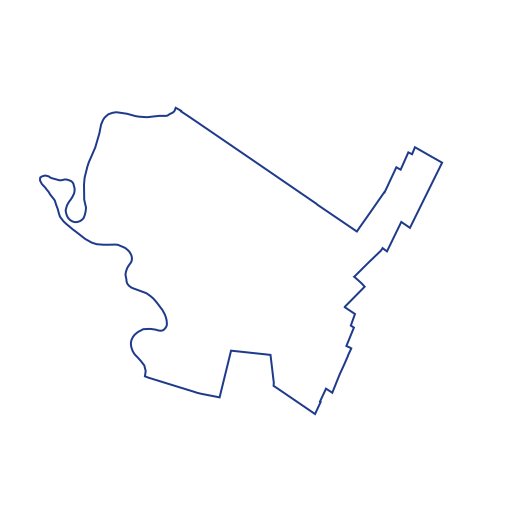 Moldoveni, Ialomita, Romania, rotated 80°
{"feature_id": "2599482B86291871971416", "entity_name": "Moldoveni", "entity_type": "district", "adm_level": 2, "iso_a3": "ROU", "parent_name": "Romania", "parent_adm1": "Ialomita", "projection": "robinson", "projection_center": [26.516, 44.733], "detail": "fine", "context": "isolated", "style": "outline", "palette": "blue", "viewbox_px": 512, "rotation_deg": 80, "n_neighbors": 0, "source": "geoboundaries", "source_scale": "gbopen_adm2", "svg_char_len": 3164}
<svg xmlns="http://www.w3.org/2000/svg" viewBox="0 0 512 512"><g transform="rotate(80 256 256)"><path d="M387.0,261.2L389.3,258.7L397.4,250.4L421.9,225.3L411.0,217.7L410.5,218.3L398.8,210.1L403.9,204.6L403.7,204.5L395.7,199.5L395.5,199.4L387.5,194.4L387.3,194.3L380.1,189.3L378.9,188.5L378.8,188.4L370.2,182.7L369.8,182.6L366.8,180.5L366.7,180.4L363.7,178.3L363.5,178.2L363.1,178.7L362.6,179.3L360.3,182.6L351.9,177.3L343.5,172.0L341.0,174.7L330.3,168.6L321.8,177.5L321.4,177.3L305.1,154.3L301.2,156.8L297.2,159.9L293.5,162.9L293.4,162.7L281.9,146.2L272.6,132.3L271.0,130.6L270.2,130.0L271.8,128.5L274.2,126.2L257.6,114.2L247.7,107.0L255.0,99.5L238.5,87.4L196.4,56.5L189.0,65.5L179.6,76.8L176.5,80.6L179.7,82.6L182.9,84.6L180.4,88.0L191.9,95.7L196.1,98.6L193.0,102.4L206.4,111.8L210.3,114.5L215.6,118.3L215.4,118.5L219.1,122.2L234.2,137.2L245.3,148.4L249.4,152.4L239.4,162.7L216.5,186.3L214.7,187.8L161.7,241.9L106.5,298.4L100.5,304.8L100.0,304.5L96.1,309.3L96.7,309.7L98.8,310.9L100.0,312.4L100.6,314.0L101.0,315.3L101.1,315.8L101.2,316.3L102.0,317.9L102.4,319.2L102.3,320.9L101.2,326.7L100.4,339.2L99.4,343.3L98.4,347.2L97.3,350.4L93.5,358.4L90.9,366.2L90.1,369.0L90.1,372.7L90.8,376.8L93.4,381.1L95.6,383.1L99.6,385.7L108.1,389.0L121.1,395.4L129.6,401.0L134.7,404.4L138.8,406.6L144.0,408.9L145.8,409.7L149.2,411.2L155.9,413.0L166.4,414.7L170.6,415.4L177.0,415.1L179.0,415.0L182.3,416.0L184.1,416.7L185.9,417.5L187.2,418.3L188.5,419.0L189.8,420.6L190.2,421.3L191.1,423.3L191.5,426.2L191.2,428.5L190.1,430.8L189.0,432.0L188.1,433.0L185.5,434.6L183.5,435.2L180.6,435.6L177.8,435.5L174.2,433.8L173.0,433.1L171.4,431.8L169.8,430.4L168.1,428.5L165.5,426.2L164.2,425.3L163.0,424.4L161.1,423.6L158.2,422.9L153.2,423.3L151.4,424.0L150.1,425.1L148.8,427.2L147.8,429.3L147.4,431.0L147.6,433.9L147.5,435.1L147.4,436.2L143.8,443.8L142.7,445.3L141.6,446.3L140.8,448.0L140.1,449.8L140.5,453.1L141.2,454.8L142.6,455.3L144.4,455.5L147.9,454.4L152.3,451.5L153.9,450.8L156.6,449.2L160.0,447.9L163.2,446.1L166.4,444.5L171.1,443.9L175.2,443.1L180.0,442.7L183.3,442.2L188.5,439.5L191.3,437.4L198.2,431.6L200.6,429.3L206.5,424.0L209.5,421.3L214.2,415.6L216.7,410.9L218.5,403.9L219.3,399.3L220.3,392.6L221.0,390.1L223.7,385.9L225.2,383.6L227.8,381.3L230.1,379.8L233.2,378.7L235.5,378.5L237.5,378.7L239.6,379.5L240.9,380.5L241.9,381.6L243.8,383.5L245.9,385.2L249.1,386.9L251.8,387.8L256.6,387.7L258.4,387.9L260.0,387.7L261.5,387.3L263.2,386.3L265.5,384.2L266.9,381.9L270.9,375.0L273.6,370.4L276.7,367.3L279.9,364.6L283.7,362.3L287.1,360.5L290.5,358.8L293.0,357.5L297.6,356.0L300.7,355.4L303.8,355.2L307.2,355.5L309.0,356.0L310.7,357.2L311.9,358.6L312.8,359.9L313.1,361.5L313.1,362.6L312.8,363.9L312.0,365.9L311.1,367.6L309.5,372.5L309.1,374.9L308.5,379.7L310.1,384.8L311.0,386.7L312.5,389.2L314.1,391.0L316.9,393.1L319.5,394.2L322.0,394.6L324.2,394.6L327.7,394.1L330.4,393.2L332.4,392.2L335.1,390.3L339.8,387.4L342.7,385.9L344.4,385.0L347.6,384.8L349.9,384.6L352.0,385.2L355.2,386.3L357.4,382.6L369.1,359.8L379.5,339.5L380.2,338.4L382.1,334.1L388.9,316.4L344.9,297.0L355.9,258.9L377.3,260.1L378.3,260.2L383.4,260.4L387.0,261.2Z" fill="none" stroke="#1e3a8a" stroke-width="2"/></g></svg>